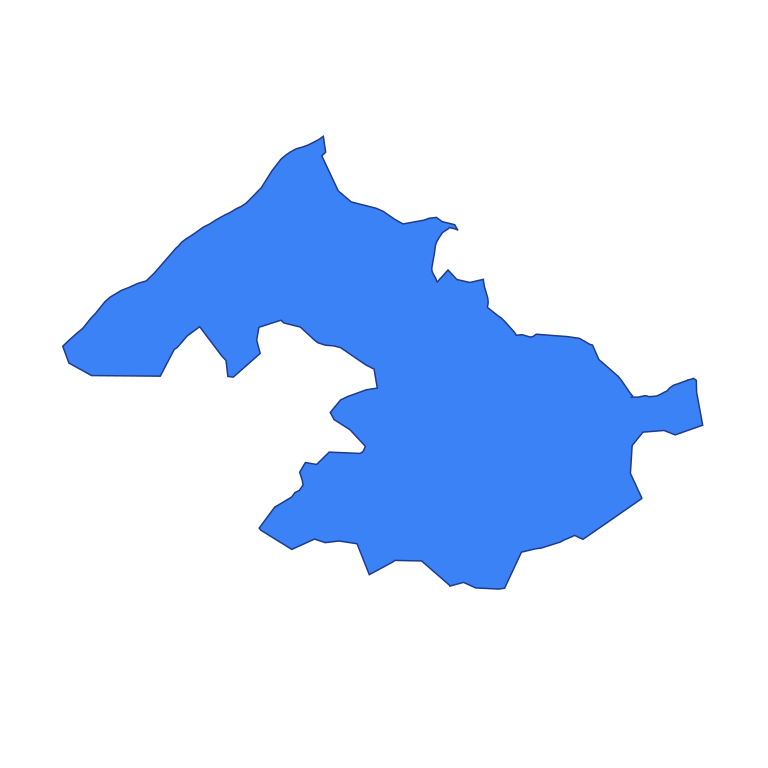 outline of Isiala-Ngwa South, Abia, Nigeria, rotated 37°
{"feature_id": "59680162B80116312922204", "entity_name": "Isiala-Ngwa South", "entity_type": "district", "adm_level": 2, "iso_a3": "NGA", "parent_name": "Nigeria", "parent_adm1": "Abia", "projection": "robinson", "projection_center": [7.387, 5.279], "detail": "fine", "context": "isolated", "style": "filled", "palette": "blue", "viewbox_px": 768, "rotation_deg": 37, "n_neighbors": 0, "source": "geoboundaries", "source_scale": "gbopen_adm2", "svg_char_len": 3134}
<svg xmlns="http://www.w3.org/2000/svg" viewBox="0 0 768 768"><g transform="rotate(37 384 384)"><path d="M119.8,556.9L145.3,553.3L193.0,518.0L200.6,512.4L195.7,482.7L196.9,479.4L197.9,464.1L202.3,449.2L238.1,459.4L243.7,460.3L244.7,461.3L245.0,461.7L254.7,471.9L259.5,469.2L266.7,434.1L255.9,425.6L250.0,414.0L256.5,404.7L263.3,395.1L267.3,395.5L282.9,388.9L302.2,390.8L302.9,390.8L306.2,390.9L313.8,388.3L320.9,383.8L327.5,381.1L358.1,379.7L367.1,378.1L381.1,391.3L373.4,399.2L362.7,415.6L358.9,422.9L358.2,439.1L365.6,442.5L384.3,441.0L406.7,445.0L407.9,450.6L406.7,453.8L381.2,471.4L378.6,488.8L368.5,494.0L369.7,505.2L376.8,510.2L380.2,513.5L380.4,520.1L378.2,524.2L378.3,529.7L372.1,545.1L370.8,548.0L371.0,574.2L373.7,574.9L409.9,571.6L414.8,562.6L421.8,549.7L432.5,546.1L442.5,536.5L458.6,527.8L487.0,545.1L490.7,537.0L495.4,526.8L498.2,520.6L498.6,519.6L498.5,518.6L520.5,502.7L557.5,505.3L558.2,505.8L566.9,494.6L579.9,491.7L599.1,478.7L603.2,474.5L595.0,435.7L595.7,434.7L604.1,424.5L608.3,420.4L613.8,412.7L619.4,404.9L619.6,404.7L621.7,400.3L627.4,390.2L636.4,388.3L658.8,320.3L658.0,319.6L634.6,307.1L619.2,283.8L619.8,266.6L635.6,252.6L647.2,249.4L663.3,225.1L638.6,202.4L631.2,193.1L627.6,193.3L627.1,194.3L625.9,196.0L624.1,198.0L623.9,198.8L621.1,203.0L618.8,206.6L617.5,208.5L615.8,211.0L615.6,212.0L614.5,215.2L614.2,219.2L612.7,222.1L611.1,225.6L608.9,229.6L605.5,232.7L603.1,234.7L600.8,235.5L599.3,236.4L595.2,241.2L593.0,243.0L590.4,244.8L589.7,245.5L589.6,243.9L589.1,243.9L585.1,242.8L574.4,239.2L570.8,238.0L567.0,237.1L563.6,236.8L550.1,235.8L543.1,235.3L542.0,235.3L541.0,235.1L540.4,234.9L527.1,227.4L524.7,228.4L522.4,228.7L512.7,229.9L502.2,235.6L491.0,242.8L475.6,252.6L474.4,256.6L473.6,257.5L472.2,258.6L470.2,259.4L465.6,261.1L464.4,261.7L460.2,265.6L459.0,264.8L456.3,264.0L452.0,263.2L444.2,261.6L438.2,260.7L434.2,260.9L429.4,260.8L420.5,260.6L418.4,256.6L417.1,255.0L415.1,252.9L412.7,251.1L405.2,245.5L400.8,241.2L400.4,240.6L391.5,251.2L379.3,256.7L366.5,254.4L365.8,262.6L365.1,270.5L364.5,270.4L363.6,269.7L362.0,268.6L359.1,267.3L356.4,266.2L354.7,265.1L353.7,264.2L352.4,262.6L351.2,260.3L348.5,255.0L346.0,250.0L344.4,247.1L342.1,243.2L341.1,240.9L340.7,239.4L340.4,237.8L340.0,234.5L339.6,228.7L339.9,227.0L340.5,225.3L341.8,221.8L342.2,219.7L346.3,217.8L349.4,216.7L350.7,216.8L346.8,215.2L344.6,214.2L332.8,219.3L325.6,219.4L320.4,224.3L317.4,229.0L302.9,244.7L300.8,245.0L293.5,246.0L279.4,246.6L271.9,248.4L248.3,258.3L231.2,257.3L197.0,239.2L197.9,234.0L186.5,222.7L185.5,225.8L184.9,227.7L182.2,233.5L179.6,238.7L176.3,243.8L172.4,248.9L169.7,254.7L167.7,260.6L166.4,266.5L166.3,273.1L166.2,281.1L167.3,294.0L167.9,300.8L167.9,301.0L167.2,306.1L166.5,312.0L165.1,322.3L163.1,328.1L160.4,333.2L158.9,337.0L157.8,339.8L155.1,344.9L151.2,353.7L148.5,361.0L145.2,367.6L141.8,378.6L138.5,387.4L137.1,392.5L136.9,397.2L136.1,400.6L133.8,433.5L132.1,444.7L126.8,451.9L122.0,460.7L117.9,467.3L113.0,479.4L111.6,486.3L111.3,494.5L111.1,501.1L110.3,508.5L110.1,515.1L110.0,520.3L107.7,530.6L106.2,538.0L104.7,547.2L119.8,556.9Z" fill="#3b82f6" stroke="#1e3a8a" stroke-width="1.5"/></g></svg>